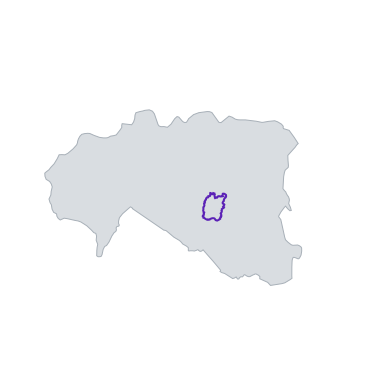 location of Ganzourgou, Ganzourgou, Burkina Faso, rotated 35°
{"feature_id": "67063806B50041184778807", "entity_name": "Ganzourgou", "entity_type": "district", "adm_level": 2, "iso_a3": "BFA", "parent_name": "Burkina Faso", "parent_adm1": "Ganzourgou", "projection": "robinson", "projection_center": [-0.77, 12.29], "detail": "fine", "context": "in_parent", "style": "outline", "palette": "violet", "viewbox_px": 384, "rotation_deg": 35, "n_neighbors": 0, "source": "geoboundaries", "source_scale": "gbopen_adm2", "svg_char_len": 7233}
<svg xmlns="http://www.w3.org/2000/svg" viewBox="0 0 384 384"><g transform="rotate(35 192 192)"><path d="M274.1,239.6L265.5,240.0L262.4,241.0L260.5,241.0L260.5,240.1L260.2,239.6L249.4,236.7L241.9,234.9L234.2,233.0L233.8,234.8L232.7,236.0L231.0,236.1L229.9,235.8L229.1,237.2L227.8,239.0L226.0,239.9L224.3,241.1L223.3,242.1L222.6,242.1L220.9,239.7L218.5,239.5L214.2,239.9L212.2,239.3L209.5,238.9L203.2,239.4L193.1,238.5L191.5,239.0L191.0,239.4L181.0,239.5L170.0,239.6L160.8,239.7L152.8,239.8L152.7,239.4L150.2,239.4L149.9,240.2L147.6,249.6L147.3,254.7L148.5,257.9L149.9,259.9L151.4,260.8L151.6,261.9L150.3,263.4L150.4,264.9L151.9,266.5L152.2,268.1L151.5,269.9L151.6,274.0L152.7,280.6L152.7,284.8L151.7,286.7L152.2,290.1L154.2,294.8L154.5,296.8L153.8,297.7L152.2,298.9L150.5,298.9L148.6,296.0L147.7,294.7L146.1,291.9L144.8,289.0L143.0,287.7L141.2,286.5L139.1,282.8L137.0,281.1L134.8,281.6L131.6,280.9L125.1,280.0L118.1,280.3L115.2,281.1L112.4,282.4L105.1,285.4L102.3,286.8L100.1,290.5L97.6,290.4L95.2,289.3L93.6,287.6L90.3,288.0L87.2,286.3L84.1,283.1L81.8,282.1L78.9,279.8L78.1,275.4L76.3,272.3L74.6,268.0L72.1,266.1L69.3,265.0L65.3,265.3L62.6,263.5L60.6,261.0L61.1,258.9L62.1,255.8L62.2,252.8L62.9,248.0L62.5,241.9L61.8,237.7L64.0,236.0L66.6,234.4L68.1,231.5L69.8,225.1L70.5,219.6L70.0,217.5L69.2,215.9L68.5,213.5L68.2,210.6L68.6,208.0L70.6,205.7L73.0,203.7L74.7,202.7L79.3,201.8L84.9,200.3L88.2,198.6L90.6,197.0L92.0,195.6L93.3,192.9L95.5,190.8L97.2,188.7L97.5,182.9L97.5,179.5L96.2,177.7L95.6,176.1L104.0,171.5L104.0,168.2L102.9,164.6L101.2,161.7L100.6,159.2L103.0,156.2L105.1,154.0L106.6,152.1L109.9,149.2L113.3,148.5L116.4,149.6L125.6,156.3L127.2,156.8L129.1,156.3L131.5,154.5L134.7,153.1L135.9,148.5L135.8,141.8L136.5,138.8L138.2,138.2L143.4,139.5L144.8,139.6L146.3,139.2L147.5,138.0L147.4,135.8L147.2,133.9L148.9,127.7L152.1,123.1L158.4,117.3L160.4,116.1L162.7,115.5L174.1,119.5L176.0,118.5L178.8,108.6L181.9,107.7L185.6,107.5L188.0,106.6L189.2,105.9L194.6,102.2L204.2,97.1L209.3,94.9L210.3,94.1L214.0,90.4L218.9,86.2L222.0,85.4L226.3,85.1L229.0,85.8L229.7,87.0L230.6,87.6L236.2,85.8L244.3,88.6L251.2,91.4L250.8,93.2L250.8,96.3L250.2,101.2L249.5,107.1L252.4,110.9L255.8,115.0L256.7,116.6L255.8,120.6L256.5,123.0L258.3,126.9L261.4,131.9L264.6,137.1L266.8,137.8L268.8,138.2L270.1,139.1L272.0,140.0L273.8,140.6L275.4,141.7L276.5,142.8L277.8,146.0L281.4,148.1L283.9,150.2L282.9,151.2L279.8,150.8L276.8,149.9L276.5,151.4L276.3,157.2L276.8,162.1L277.5,162.7L280.5,163.6L287.5,170.0L293.9,175.9L296.0,177.5L299.5,178.1L303.5,178.3L305.2,177.8L309.0,174.8L311.0,174.4L312.9,174.5L313.9,175.0L315.7,177.4L317.5,181.1L317.9,183.9L317.8,185.3L317.2,185.9L314.1,186.6L312.7,187.2L312.4,188.0L312.9,189.8L313.5,191.0L316.9,196.3L321.9,203.5L323.4,205.4L322.6,207.6L320.1,213.2L318.2,215.5L309.9,223.5L305.8,222.6L297.3,224.2L296.0,222.3L294.0,222.1L291.5,222.4L290.6,223.1L290.3,223.9L289.5,225.0L287.9,228.2L286.7,229.0L285.1,229.4L283.3,229.4L282.2,229.8L282.2,231.4L281.9,232.7L280.6,233.4L280.1,234.9L280.2,236.4L279.4,237.1L277.8,236.7L276.9,236.3L276.0,238.3L274.9,239.6L274.1,239.6Z" fill="#d9dde1" stroke="#a8b0b8" stroke-width="1"/><path d="M223.2,181.0L223.0,180.9L222.9,180.9L222.7,180.6L222.6,180.1L222.5,179.8L222.5,179.6L222.4,179.4L222.4,179.2L222.3,178.9L222.4,178.6L222.4,178.0L222.4,177.9L222.6,177.6L222.7,177.2L222.7,176.8L222.6,176.6L222.5,176.2L222.4,175.9L222.3,175.7L221.9,175.5L221.7,175.4L221.7,175.2L221.5,174.9L220.7,174.8L220.3,174.9L219.8,174.9L219.5,174.9L219.1,175.1L218.9,175.3L218.6,175.4L218.4,175.5L218.2,175.8L218.3,176.1L218.4,176.3L218.6,176.6L218.8,176.7L218.9,176.8L219.4,177.8L219.4,178.0L219.5,178.0L219.1,178.4L218.9,178.6L218.7,178.6L218.3,178.6L218.2,178.8L218.2,179.1L217.8,179.5L217.5,179.6L216.9,179.7L216.7,179.8L216.4,179.9L216.3,180.0L216.2,180.4L216.0,180.6L215.8,180.7L215.8,181.0L215.8,181.4L215.8,181.6L215.8,182.3L215.7,182.4L215.2,182.4L215.1,182.6L215.0,182.8L214.8,182.8L214.6,182.7L214.4,182.9L214.3,183.1L214.3,183.4L214.4,183.5L214.5,183.6L214.4,183.8L214.1,183.7L213.9,183.4L213.7,183.2L213.3,182.8L213.1,182.7L212.8,182.4L212.6,182.2L212.2,181.8L212.2,181.2L211.5,181.1L211.4,181.0L211.3,180.6L211.1,180.7L211.1,180.8L211.0,180.4L209.9,180.7L209.9,180.9L210.2,181.2L210.3,181.5L210.3,181.8L210.2,181.9L210.1,182.1L209.9,182.2L209.6,182.2L208.8,182.2L208.5,182.2L208.4,182.3L208.1,182.2L207.9,182.1L207.7,182.2L207.5,182.3L207.5,182.5L207.8,182.8L208.0,182.8L208.4,183.1L208.5,183.3L208.8,183.6L208.8,184.1L208.7,184.2L208.8,184.3L209.0,184.9L209.0,185.1L208.9,185.2L208.6,185.3L208.2,185.7L207.9,185.9L208.1,186.1L208.1,186.3L208.1,186.6L208.3,187.0L208.2,187.3L207.9,187.4L207.6,187.5L207.4,187.8L207.5,188.0L207.4,188.5L207.2,189.1L207.4,189.4L207.5,189.5L207.6,189.8L207.7,190.0L207.6,190.4L207.7,190.5L207.6,190.8L207.7,191.0L207.8,191.2L207.7,191.9L207.8,192.0L208.0,192.4L208.0,192.5L207.9,192.7L207.8,192.8L207.9,193.0L208.0,193.0L208.5,193.0L208.6,193.3L208.6,193.5L208.8,193.9L208.8,194.0L208.5,194.5L208.6,194.8L208.9,195.0L209.1,195.1L209.3,195.3L209.7,195.6L209.9,196.0L209.9,196.3L210.0,196.4L210.0,196.5L210.1,196.8L210.2,197.0L210.1,197.5L210.0,198.0L210.5,198.5L210.6,198.8L210.8,199.1L211.0,199.2L211.1,199.3L211.2,199.5L211.3,199.7L211.3,199.8L211.4,200.0L211.5,200.1L211.6,200.5L211.8,200.8L212.1,201.0L212.4,201.3L212.6,201.4L212.7,201.5L212.8,201.5L212.9,201.8L213.1,201.9L213.2,202.0L213.4,202.0L213.6,202.1L213.8,202.0L213.9,202.4L213.9,202.5L214.0,202.6L213.9,202.8L214.0,202.9L214.3,203.0L214.5,203.3L214.5,203.5L214.7,203.8L214.5,204.0L214.7,204.3L214.6,204.5L214.7,204.8L214.6,205.1L214.5,205.3L214.6,205.6L214.8,205.7L215.0,206.0L215.3,206.0L215.5,206.1L215.8,206.1L215.9,205.9L216.0,205.9L216.3,205.9L216.4,206.0L216.7,206.1L216.7,206.3L216.9,206.2L217.2,206.2L217.6,206.3L218.3,206.3L219.7,206.2L219.8,206.2L220.2,206.0L220.2,205.8L220.4,205.6L220.6,205.7L220.8,205.8L221.1,205.6L221.2,205.4L221.3,205.3L221.6,205.1L221.7,204.7L221.8,204.7L222.0,204.7L222.3,204.5L222.3,204.4L222.3,204.2L222.4,203.9L222.4,203.7L222.5,203.4L222.6,203.2L222.9,203.0L223.1,202.5L223.5,202.1L223.6,201.9L223.8,201.7L224.0,201.6L224.5,201.2L224.9,201.0L225.5,200.8L225.8,200.8L226.1,200.9L226.5,201.1L227.5,201.5L227.8,201.4L228.0,201.2L228.5,201.2L228.8,200.9L229.1,200.8L229.1,200.7L229.3,200.4L229.5,200.2L229.7,199.9L229.8,199.7L229.9,199.4L230.0,199.2L230.1,198.8L230.2,198.6L230.3,198.4L230.4,198.2L230.5,197.9L230.0,197.4L229.9,197.4L229.9,196.9L230.0,196.6L229.9,196.2L229.7,196.0L229.6,195.7L229.5,195.4L229.6,195.2L230.0,195.3L229.9,194.9L229.6,194.5L229.5,194.4L229.4,194.4L229.2,194.4L229.1,194.2L228.9,193.9L228.9,193.7L228.6,193.4L227.8,193.2L227.7,193.0L227.7,192.9L227.8,192.3L227.8,192.2L227.8,191.4L227.7,191.0L227.5,190.8L227.3,190.7L227.1,190.6L226.9,190.5L226.8,190.4L226.8,190.1L226.9,189.7L226.7,189.5L226.6,189.4L226.3,189.0L226.2,188.9L226.3,188.6L226.4,188.2L226.5,187.7L226.9,187.4L227.0,187.3L227.1,186.9L227.0,186.3L227.0,186.1L226.9,186.1L226.1,186.1L225.9,186.1L225.9,185.9L225.9,185.6L225.9,185.2L225.9,184.6L225.8,183.8L225.7,183.7L225.3,183.6L225.2,183.6L224.8,183.7L224.0,183.8L223.8,183.8L223.7,183.7L223.3,183.3L223.2,183.1L223.1,182.9L223.1,181.9L223.2,181.5L223.2,181.0Z" fill="none" stroke="#5b21b6" stroke-width="2"/></g></svg>